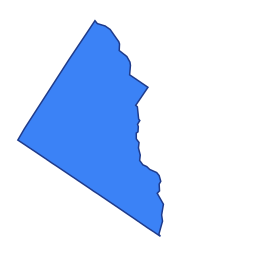 Woods, Oklahoma, United States of America, rotated 214°
{"feature_id": "52423323B10893582659476", "entity_name": "Woods", "entity_type": "district", "adm_level": 2, "iso_a3": "USA", "parent_name": "United States of America", "parent_adm1": "Oklahoma", "projection": "orthographic", "projection_center": [-98.992, 36.696], "detail": "fine", "context": "isolated", "style": "filled", "palette": "blue", "viewbox_px": 256, "rotation_deg": 214, "n_neighbors": 0, "source": "geoboundaries", "source_scale": "gbopen_adm2", "svg_char_len": 878}
<svg xmlns="http://www.w3.org/2000/svg" viewBox="0 0 256 256"><g transform="rotate(214 128 128)"><path d="M70.8,98.9L71.0,102.1L75.6,106.0L79.3,107.1L86.8,105.8L90.9,106.5L95.1,105.8L100.2,107.6L102.7,112.4L108.2,117.3L110.7,122.1L115.0,123.6L118.3,128.4L117.6,130.4L120.2,134.9L122.2,136.4L122.4,140.8L124.2,141.4L132.1,150.8L134.3,151.1L134.2,172.9L156.4,173.0L161.0,181.3L163.2,183.7L168.9,186.6L178.6,187.3L182.0,192.9L183.8,194.3L197.9,199.7L204.0,199.8L211.8,197.4L215.4,198.5L215.3,183.0L215.2,152.0L213.5,69.8L212.6,56.4L180.6,56.5L179.8,56.5L171.7,56.4L166.0,56.5L165.6,56.5L164.9,56.5L151.3,56.5L149.3,56.5L149.2,56.5L127.8,56.5L126.6,56.5L121.2,56.4L117.3,56.5L103.1,56.5L102.3,56.5L79.9,56.4L74.3,56.4L55.8,56.2L49.9,56.3L40.6,56.3L43.0,57.2L47.3,70.1L51.5,74.7L56.0,84.6L67.3,90.2L66.7,93.5L70.8,98.9Z" fill="#3b82f6" stroke="#1e3a8a" stroke-width="1.5"/></g></svg>